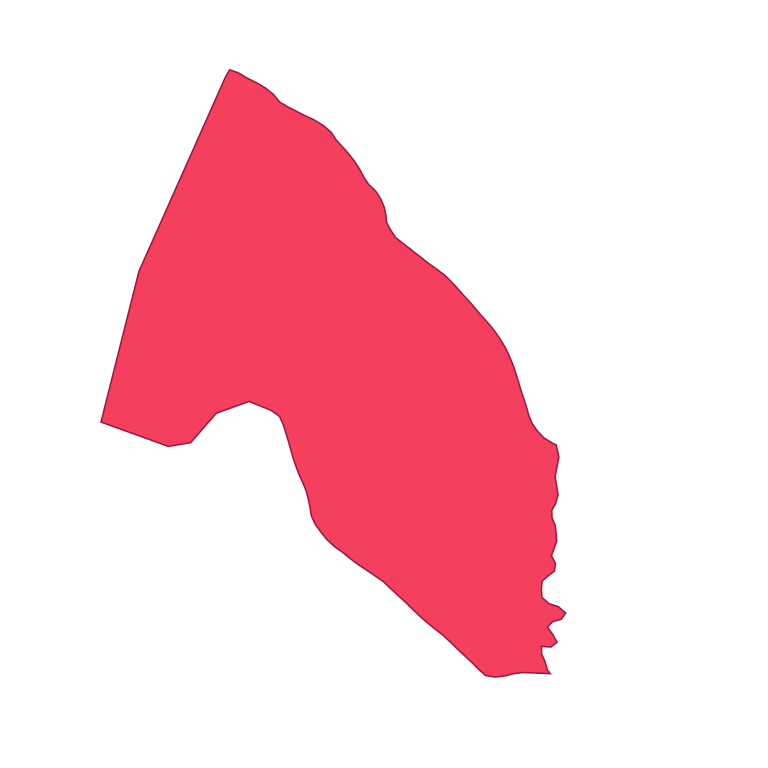 Dahr, Shabwah, Yemen, rotated 294°
{"feature_id": "15242507B29053891717332", "entity_name": "Dahr", "entity_type": "district", "adm_level": 2, "iso_a3": "YEM", "parent_name": "Yemen", "parent_adm1": "Shabwah", "projection": "equal_earth", "projection_center": [47.604, 15.508], "detail": "fine", "context": "isolated", "style": "filled", "palette": "rose", "viewbox_px": 768, "rotation_deg": 294, "n_neighbors": 0, "source": "geoboundaries", "source_scale": "gbopen_adm2", "svg_char_len": 2223}
<svg xmlns="http://www.w3.org/2000/svg" viewBox="0 0 768 768"><g transform="rotate(294 384 384)"><path d="M234.1,140.9L239.3,212.4L251.7,231.2L289.1,242.7L313.2,267.8L314.0,291.9L311.8,301.9L305.2,309.1L298.6,314.9L291.9,320.7L285.5,326.0L279.0,331.4L272.2,337.8L265.8,344.2L260.3,350.5L254.2,356.8L247.5,362.0L240.8,366.8L234.1,371.2L228.0,378.0L223.1,386.4L218.7,395.0L215.4,404.8L213.3,414.8L210.7,424.4L208.5,434.1L206.9,443.7L205.0,454.3L203.2,463.8L200.0,472.7L196.5,483.0L193.2,492.9L189.9,501.6L186.7,510.5L183.8,519.7L181.2,528.9L178.7,539.4L175.3,549.3L171.6,559.3L168.5,568.3L165.4,577.4L161.9,586.1L159.0,595.4L161.5,604.7L166.4,613.1L171.8,619.9L176.7,627.8L180.3,636.7L183.7,645.4L187.0,653.7L189.2,649.6L195.8,644.1L201.4,637.8L208.4,634.5L211.5,643.4L218.5,647.1L223.8,640.1L228.3,632.1L235.6,634.8L238.2,637.9L241.1,641.5L248.7,643.2L251.5,633.7L250.4,624.0L253.4,615.0L260.4,611.3L268.1,608.6L275.5,612.0L282.5,615.8L289.8,613.6L295.3,606.8L303.0,606.3L310.6,605.7L317.5,602.0L324.4,598.0L330.2,591.8L337.2,588.6L344.9,589.4L353.6,588.1L369.0,578.0L388.3,573.5L395.3,568.4L398.5,566.0L398.5,565.5L398.5,561.2L399.9,551.7L403.6,543.0L405.4,539.9L408.3,535.3L409.9,533.6L414.5,528.7L420.4,524.0L420.9,523.6L421.9,522.7L427.4,517.7L430.4,514.9L433.5,512.1L437.5,508.7L440.2,506.4L447.0,500.4L453.3,494.7L459.6,488.1L466.0,480.8L471.3,473.3L472.9,470.8L476.1,465.7L477.3,463.5L480.5,457.5L484.9,447.8L489.0,438.9L492.3,432.1L493.3,430.0L496.4,422.9L497.3,420.8L501.2,412.3L505.0,403.5L508.4,394.2L509.2,390.3L510.6,384.3L512.6,374.4L513.4,371.3L515.1,364.8L517.5,354.9L520.0,345.0L521.2,340.1L522.4,335.3L527.2,327.7L532.5,320.7L538.5,317.4L539.3,316.9L541.3,315.5L545.8,312.1L551.7,305.8L556.1,299.1L556.8,298.0L560.2,288.6L563.8,283.0L565.0,281.1L570.5,274.1L575.4,266.5L578.3,261.1L579.9,258.1L583.8,249.4L587.6,240.9L592.4,233.5L594.8,225.8L595.3,224.0L596.8,213.4L597.0,203.4L597.0,202.0L597.5,193.6L598.0,183.6L599.2,173.9L603.5,165.4L606.2,155.1L606.3,154.1L607.4,145.0L607.8,134.5L608.1,131.8L608.4,129.6L609.0,124.6L608.3,115.2L604.0,114.7L600.3,114.3L596.5,114.3L593.2,114.3L524.6,114.3L459.9,114.3L423.5,114.3L387.3,114.3L234.1,140.9Z" fill="#f43f5e" stroke="#9f1239" stroke-width="1.5"/></g></svg>